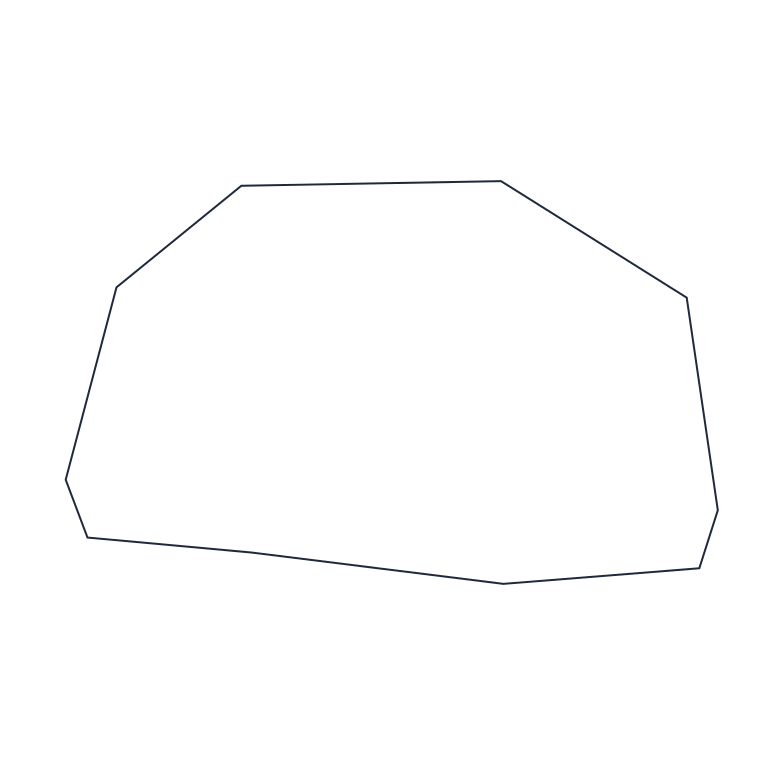 outline of Cook Islands, rotated 356°
{"feature_id": "COK", "entity_name": "Cook Islands", "entity_type": "country or territory", "adm_level": 0, "iso_a3": "COK", "parent_name": "Oceania", "parent_adm1": "", "projection": "mercator", "projection_center": [-159.785, -21.218], "detail": "fine", "context": "isolated", "style": "outline", "palette": "slate", "viewbox_px": 768, "rotation_deg": 356, "n_neighbors": 0, "source": "natural_earth", "source_scale": "50m", "svg_char_len": 296}
<svg xmlns="http://www.w3.org/2000/svg" viewBox="0 0 768 768"><g transform="rotate(356 384 384)"><path d="M685.7,589.8L489.1,591.7L240.2,542.9L77.5,516.5L59.8,457.3L123.9,268.9L255.5,176.3L514.9,189.8L692.0,319.0L708.2,533.2L685.7,589.8Z" fill="none" stroke="#1e293b" stroke-width="2"/></g></svg>